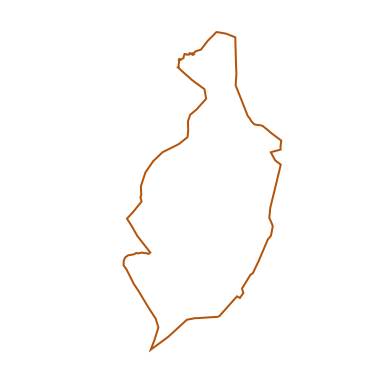 outline of Oji-River, Enugu, Nigeria, rotated 55°
{"feature_id": "59680162B15532351721986", "entity_name": "Oji-River", "entity_type": "district", "adm_level": 2, "iso_a3": "NGA", "parent_name": "Nigeria", "parent_adm1": "Enugu", "projection": "mercator", "projection_center": [7.259, 6.159], "detail": "fine", "context": "isolated", "style": "outline", "palette": "amber", "viewbox_px": 384, "rotation_deg": 55, "n_neighbors": 0, "source": "geoboundaries", "source_scale": "gbopen_adm2", "svg_char_len": 1808}
<svg xmlns="http://www.w3.org/2000/svg" viewBox="0 0 384 384"><g transform="rotate(55 192 192)"><path d="M201.1,89.4L195.9,91.1L189.2,93.3L184.0,94.6L183.5,94.7L180.3,95.7L178.5,96.2L178.4,96.3L176.6,97.6L173.4,101.2L171.8,102.3L169.7,102.6L167.2,102.8L165.4,102.5L161.6,102.7L141.6,97.9L129.7,95.1L120.9,88.0L112.2,82.4L104.0,77.0L94.6,70.8L90.1,67.8L81.7,73.4L77.4,77.7L75.0,80.2L77.2,92.5L80.5,103.0L78.7,108.8L79.4,110.3L78.9,111.6L80.3,111.6L80.0,112.9L78.2,113.2L77.4,113.8L77.0,114.4L78.0,114.9L78.0,115.0L77.2,116.1L76.9,117.2L76.0,117.5L74.7,119.0L75.5,119.7L76.0,120.9L77.4,122.1L77.3,124.1L77.3,125.5L76.3,125.6L75.7,126.2L76.4,127.2L78.1,127.9L78.2,128.0L80.0,130.0L81.9,131.0L81.8,132.1L91.3,129.9L92.9,129.5L100.8,127.6L112.3,123.7L114.9,122.8L123.7,126.9L126.6,139.2L127.0,141.1L127.4,145.8L127.7,149.2L131.7,154.7L139.8,160.1L144.5,164.2L145.2,175.0L144.7,178.8L144.0,183.5L142.5,193.3L144.5,206.2L149.3,219.0L155.3,227.0L158.0,230.6L165.4,235.3L166.6,237.2L170.9,238.8L175.0,253.1L175.0,253.4L176.5,260.5L177.7,260.6L184.6,260.9L196.7,262.0L217.7,260.9L217.8,263.1L215.8,264.5L214.6,266.3L212.9,267.7L211.7,271.0L210.1,272.4L209.6,275.7L208.4,278.2L207.3,280.5L207.2,283.6L207.7,285.1L209.2,287.4L211.1,288.8L212.8,290.1L218.3,290.1L233.9,292.4L243.0,292.6L248.4,293.0L262.3,294.0L274.9,294.4L282.1,296.7L283.8,297.3L288.8,303.9L291.6,307.5L297.5,316.2L297.0,294.6L293.7,269.5L297.1,261.8L298.0,260.6L301.1,255.5L307.5,245.0L309.1,242.4L309.3,240.5L303.3,215.0L306.2,213.5L304.2,207.9L299.7,206.4L293.3,191.4L293.4,188.7L285.8,175.3L284.6,173.5L274.3,157.0L273.1,152.4L266.5,145.6L264.8,145.0L257.5,143.5L249.9,137.0L229.0,113.2L220.5,103.6L214.0,105.7L204.7,104.7L205.5,102.0L206.4,99.7L208.1,95.1L206.7,94.2L205.4,93.3L201.1,89.4Z" fill="none" stroke="#b45309" stroke-width="2"/></g></svg>